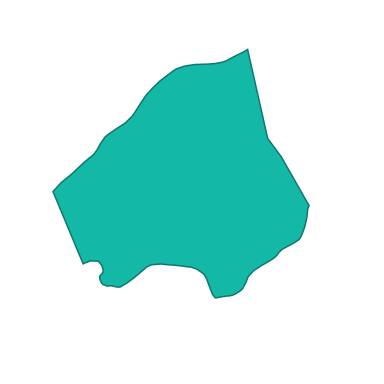 La Haut, Laborie, Saint Lucia (Mercator projection), rotated 233°
{"feature_id": "8701671B91946398565623", "entity_name": "La Haut", "entity_type": "district", "adm_level": 2, "iso_a3": "LCA", "parent_name": "Saint Lucia", "parent_adm1": "Laborie", "projection": "mercator", "projection_center": [-61.001, 13.792], "detail": "fine", "context": "isolated", "style": "filled", "palette": "teal", "viewbox_px": 384, "rotation_deg": 233, "n_neighbors": 0, "source": "geoboundaries", "source_scale": "gbopen_adm2", "svg_char_len": 2292}
<svg xmlns="http://www.w3.org/2000/svg" viewBox="0 0 384 384"><g transform="rotate(233 192 192)"><path d="M173.5,65.0L173.1,65.3L171.4,65.3L169.5,66.8L168.6,67.2L168.0,67.4L165.8,71.1L161.3,74.8L159.9,76.6L159.4,77.3L159.3,77.9L158.5,84.4L158.4,89.9L158.3,93.7L158.9,102.7L159.1,107.0L159.4,110.6L159.1,112.2L158.1,116.1L153.4,123.6L149.5,127.8L147.1,130.5L143.6,134.4L140.5,137.8L138.8,139.6L134.9,143.4L133.4,145.2L133.0,145.7L127.6,149.4L123.7,150.7L121.4,151.5L120.9,151.6L118.6,152.1L113.7,151.3L100.8,147.5L97.2,146.7L93.4,146.9L93.1,147.3L92.3,148.9L90.5,152.6L89.7,154.0L89.6,154.3L89.3,154.7L89.1,155.1L88.8,155.6L87.7,157.6L87.4,158.0L86.7,158.9L84.9,163.2L84.4,165.8L84.4,166.2L84.1,169.0L84.0,171.0L84.0,171.4L84.1,172.6L84.4,174.5L84.7,175.2L85.3,176.3L86.7,179.2L87.6,181.2L90.5,185.6L90.7,186.7L91.4,190.0L92.1,194.6L91.9,197.0L91.5,202.8L91.0,206.4L90.3,212.8L90.3,213.1L90.0,215.8L90.0,217.3L90.0,219.0L90.5,222.8L91.3,224.4L92.0,228.9L91.7,231.3L91.3,234.1L90.6,238.1L90.3,240.3L90.1,242.2L89.9,243.5L89.7,246.4L89.6,249.0L90.1,250.4L90.3,251.2L91.4,253.3L93.3,256.4L94.1,257.7L96.2,260.9L96.6,261.4L101.1,266.8L101.8,267.6L103.3,269.2L104.0,269.8L106.2,271.8L107.8,273.3L108.1,273.3L109.6,275.5L110.0,276.0L110.2,276.3L110.6,277.3L128.5,279.6L166.4,284.5L183.8,284.6L189.1,284.6L272.4,322.2L272.7,318.4L272.7,318.2L273.6,313.4L274.5,308.9L274.7,307.9L274.7,307.5L275.3,304.3L275.9,300.1L275.9,299.6L276.8,296.0L277.3,294.7L278.3,292.5L280.4,288.3L282.9,284.3L285.2,280.7L286.3,279.3L288.7,275.9L289.9,274.0L290.4,273.4L291.5,272.0L292.4,270.4L295.7,264.4L296.4,262.8L297.3,261.0L298.5,257.4L299.7,253.6L299.9,251.4L300.0,250.2L300.0,233.5L299.3,227.9L298.7,222.9L298.2,220.4L297.7,217.8L297.2,215.2L296.6,212.6L294.1,205.2L291.4,198.0L288.6,190.4L287.6,182.8L287.3,180.3L287.4,178.0L287.6,175.4L288.0,170.0L288.3,162.5L288.4,160.9L288.5,160.5L288.4,159.3L288.2,155.5L285.6,147.6L285.3,147.0L282.8,141.6L282.1,139.3L281.1,136.1L280.9,130.3L280.6,123.6L280.0,118.2L279.6,114.2L279.0,109.4L278.7,105.3L278.6,104.5L278.5,98.4L278.2,93.0L276.9,86.0L275.9,81.2L200.1,61.8L199.8,63.4L199.2,65.7L198.1,69.5L195.9,72.1L193.1,75.5L187.8,75.8L183.4,74.2L181.5,72.6L180.6,69.0L180.3,67.7L178.5,66.3L177.1,65.7L173.5,65.0Z" fill="#14b8a6" stroke="#0f766e" stroke-width="1.5"/></g></svg>